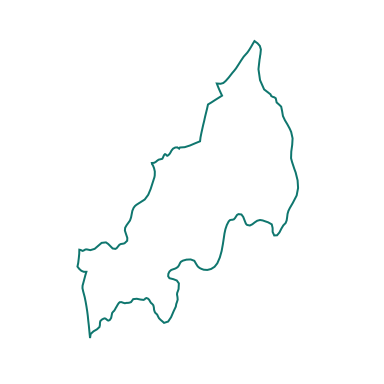 the border of Querétaro, rotated 187°
{"feature_id": "MEX-2733", "entity_name": "Querétaro", "entity_type": "State", "adm_level": 1, "iso_a3": "MEX", "parent_name": "Mexico", "parent_adm1": "", "projection": "equal_earth", "projection_center": [-99.752, 20.792], "detail": "fine", "context": "isolated", "style": "outline", "palette": "teal", "viewbox_px": 384, "rotation_deg": 187, "n_neighbors": 0, "source": "natural_earth", "source_scale": "10m", "svg_char_len": 4022}
<svg xmlns="http://www.w3.org/2000/svg" viewBox="0 0 384 384"><g transform="rotate(187 192 192)"><path d="M296.6,104.0L296.5,105.2L296.4,106.4L296.3,107.6L296.3,108.8L296.3,112.7L296.4,116.9L296.8,121.0L295.5,120.9L293.5,120.2L292.4,120.7L291.5,121.5L290.3,122.1L289.2,122.2L285.8,121.9L281.7,123.7L275.5,130.5L271.3,131.5L268.8,130.2L263.9,126.3L261.1,126.2L260.0,127.0L257.6,130.8L256.3,131.7L253.8,132.4L252.7,132.9L250.4,135.7L250.6,138.5L253.9,145.5L254.0,148.3L252.9,151.0L250.1,156.1L249.4,159.3L248.9,166.1L248.0,169.2L246.9,171.1L245.6,172.5L238.0,178.8L235.1,183.9L233.4,190.0L231.1,202.1L231.0,203.9L231.4,207.8L232.6,211.1L234.1,213.8L235.0,214.7L235.4,215.9L233.3,216.3L231.8,217.3L230.5,218.7L229.1,220.0L228.3,220.3L227.2,220.7L226.1,221.1L225.5,221.4L225.0,222.7L224.6,224.2L224.1,225.5L223.4,226.3L222.7,226.1L222.0,225.6L221.3,225.0L220.7,225.0L219.6,226.1L218.7,227.4L218.0,229.0L217.4,230.6L216.1,232.7L214.1,234.1L212.0,234.5L210.1,233.5L210.0,233.8L209.8,234.1L209.6,234.4L209.4,234.7L204.7,235.6L199.7,237.9L194.7,240.8L190.2,243.3L190.2,244.3L190.2,245.2L190.2,246.2L190.2,247.2L189.9,251.4L189.5,255.6L189.1,259.7L188.6,263.9L188.2,268.2L187.7,272.4L187.2,276.6L186.8,280.8L183.5,283.4L180.3,286.1L177.1,288.7L173.9,291.3L175.7,294.1L177.4,296.9L179.0,299.7L180.6,302.7L176.8,302.9L174.2,304.0L172.1,306.3L169.5,310.1L168.0,312.6L166.5,315.1L164.9,317.5L163.4,320.0L161.4,324.1L159.3,328.5L157.2,332.6L154.7,336.2L154.4,336.6L154.1,337.0L153.9,337.5L153.6,337.9L152.2,340.7L150.9,343.6L149.7,346.5L148.4,349.4L145.1,347.6L142.5,345.3L141.0,341.9L140.9,336.9L141.0,335.7L141.0,334.5L141.0,333.3L141.1,332.1L141.0,322.0L138.1,311.3L132.9,302.6L126.0,298.5L125.0,296.9L123.5,296.3L121.8,296.0L120.3,295.2L118.9,291.2L116.4,289.5L113.9,287.6L112.4,283.2L111.0,278.5L108.5,274.5L105.6,270.8L102.9,267.0L102.4,266.2L101.9,265.4L101.4,264.5L100.9,263.7L98.7,257.5L98.3,251.0L98.4,244.3L97.8,237.6L96.4,234.1L94.8,230.7L93.2,227.3L91.5,224.0L88.6,216.4L87.2,208.9L87.7,201.3L90.6,193.5L91.8,190.7L93.0,187.9L94.0,185.0L94.5,181.9L94.5,178.4L94.6,175.3L95.3,172.6L97.3,170.0L98.8,166.6L100.3,162.5L102.3,159.4L105.1,158.9L107.1,162.2L107.6,166.1L108.9,169.6L112.8,171.2L115.7,171.8L118.4,172.4L121.1,172.5L123.8,171.4L126.0,169.5L128.2,167.3L130.5,165.8L133.1,166.0L133.6,166.2L134.0,166.5L134.3,166.8L134.7,167.2L136.4,170.3L138.1,173.5L140.2,175.7L143.2,175.7L144.5,174.7L145.3,173.1L146.1,171.4L147.1,170.0L148.4,169.4L149.6,169.2L150.9,168.7L152.0,167.3L153.4,163.5L154.3,159.2L154.7,154.8L154.8,150.5L155.0,143.9L155.4,137.0L156.4,130.4L158.2,124.3L160.5,120.5L163.7,117.9L167.3,116.5L170.9,116.3L173.1,116.8L175.2,117.5L177.2,118.8L178.8,120.7L181.3,124.0L185.1,124.9L189.2,124.2L192.6,122.8L194.5,121.4L195.3,119.8L195.8,118.1L196.7,116.2L198.1,114.8L199.6,113.8L201.3,113.0L203.1,112.1L204.7,110.3L205.5,107.9L205.4,105.5L203.9,103.7L199.8,103.2L196.3,102.3L193.9,99.7L193.5,94.0L194.0,91.7L194.4,90.1L194.4,88.5L193.6,85.9L193.1,83.4L193.5,81.1L194.0,78.8L194.1,76.3L195.8,71.1L197.5,65.2L199.9,60.5L203.8,58.7L205.5,59.9L207.5,61.2L209.4,62.7L210.7,64.6L211.5,65.9L212.4,66.7L213.5,67.4L214.4,68.5L215.3,70.5L215.8,72.8L216.6,74.9L217.9,76.1L219.3,77.0L220.4,78.4L221.4,79.8L222.7,80.8L224.3,81.2L225.3,80.6L226.0,79.6L227.0,79.0L230.1,79.0L233.8,79.3L237.3,78.5L239.1,75.3L240.1,74.8L241.1,74.4L242.2,74.1L243.3,74.0L245.1,73.4L246.9,73.7L248.6,74.1L250.3,73.8L251.1,72.9L251.8,71.6L252.4,70.2L252.9,69.0L253.5,67.7L254.1,66.1L254.8,64.6L255.6,63.7L256.5,62.2L256.7,59.8L256.9,57.2L257.9,55.1L258.7,54.5L259.3,54.2L260.0,54.3L260.8,54.8L262.4,55.8L263.4,55.9L264.5,55.4L266.0,54.3L267.3,52.6L267.4,50.7L267.2,48.7L267.4,46.7L269.6,44.1L272.8,41.7L275.3,38.7L275.4,34.6L275.6,35.5L275.8,36.4L276.0,37.3L276.2,38.1L277.2,42.7L278.2,47.2L279.3,51.7L280.3,56.2L281.5,60.9L282.8,65.5L284.2,70.1L285.7,74.6L286.7,77.1L287.9,80.1L289.0,83.2L289.2,85.7L288.7,89.2L288.2,92.8L287.7,96.4L287.1,99.9L289.7,99.6L292.2,100.3L294.5,101.9L296.6,104.0Z" fill="none" stroke="#0f766e" stroke-width="2"/></g></svg>